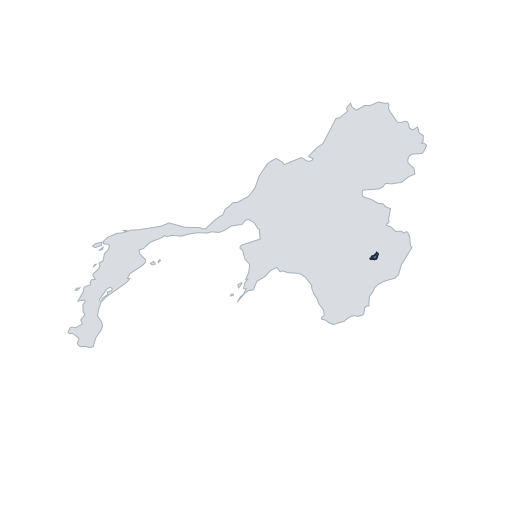 location of Kham Muang, Kalasin, Thailand, rotated 65°
{"feature_id": "78962969B13207688711695", "entity_name": "Kham Muang", "entity_type": "district", "adm_level": 2, "iso_a3": "THA", "parent_name": "Thailand", "parent_adm1": "Kalasin", "projection": "robinson", "projection_center": [103.634, 16.933], "detail": "fine", "context": "in_parent", "style": "filled", "palette": "slate", "viewbox_px": 512, "rotation_deg": 65, "n_neighbors": 0, "source": "geoboundaries", "source_scale": "gbopen_adm2", "svg_char_len": 5547}
<svg xmlns="http://www.w3.org/2000/svg" viewBox="0 0 512 512"><g transform="rotate(65 256 256)"><path d="M223.1,56.4L223.5,58.3L225.4,55.7L227.8,54.5L232.5,60.2L233.1,62.6L229.6,71.7L230.1,74.8L232.3,77.3L235.0,78.7L237.8,78.3L243.1,75.7L248.9,77.4L248.6,83.5L250.7,93.1L247.8,102.9L244.9,107.7L247.1,112.0L247.2,115.9L241.5,131.2L242.6,132.4L246.2,134.1L247.7,133.6L253.6,127.5L260.1,122.9L262.2,118.9L266.3,117.6L270.0,114.1L278.5,120.3L280.8,120.8L281.9,121.8L282.3,124.4L283.3,124.8L286.9,121.3L292.7,119.1L295.0,113.8L297.7,112.2L297.5,109.6L298.3,108.6L303.1,108.4L310.3,111.2L312.9,111.7L314.1,111.1L325.5,128.1L333.0,134.6L334.8,139.0L333.1,150.4L333.3,156.9L334.9,161.9L338.0,165.3L340.4,170.2L349.0,175.0L348.2,176.2L348.8,179.3L354.1,182.9L354.6,184.0L354.0,188.7L351.6,192.2L351.0,195.0L351.0,198.5L352.4,203.9L350.7,214.9L347.5,218.0L343.4,220.2L341.1,223.2L339.4,222.5L338.6,219.4L334.0,217.7L325.2,219.3L320.8,218.6L314.9,219.6L309.2,219.2L305.8,217.9L296.1,220.3L292.1,222.5L289.2,225.7L284.8,233.8L280.4,238.8L280.5,240.8L275.0,242.0L275.3,248.9L278.4,256.4L279.3,265.9L285.5,272.6L284.3,277.2L285.0,281.8L289.7,292.3L286.3,287.3L285.6,283.9L281.6,278.7L280.3,281.2L275.5,277.3L273.5,273.4L272.8,275.2L268.1,269.7L263.4,266.7L260.7,265.3L254.0,267.3L245.5,265.8L242.2,267.2L240.8,266.3L240.0,264.7L242.4,245.0L235.1,242.6L233.8,241.3L232.2,242.7L225.0,243.6L219.8,247.2L219.1,250.2L221.5,255.6L218.4,265.3L219.4,274.5L219.0,279.6L215.3,286.0L214.3,291.1L210.2,299.0L207.4,308.9L206.7,314.7L201.8,323.4L200.7,328.4L198.9,330.3L199.6,334.2L198.8,346.3L201.8,355.1L201.0,359.2L204.4,360.6L212.3,357.8L215.0,358.5L216.7,363.3L218.7,377.7L222.0,382.1L222.9,379.9L224.4,382.2L225.7,386.5L229.8,409.1L232.0,415.0L229.5,413.5L228.1,406.4L225.7,406.1L226.5,401.6L225.1,400.0L222.7,401.3L222.8,404.8L229.1,416.1L233.0,416.4L238.0,421.4L243.4,425.0L250.3,423.7L255.0,424.9L257.8,428.0L262.3,435.6L269.5,442.0L268.4,446.0L265.6,449.2L264.0,453.4L262.0,454.7L259.3,454.7L256.4,451.2L249.1,454.4L247.5,457.7L245.7,458.6L242.5,454.9L242.8,452.9L244.8,449.8L244.2,442.0L239.9,441.9L237.0,436.0L236.1,435.5L234.0,436.4L227.2,433.6L225.1,429.9L223.1,430.2L221.7,436.5L215.7,428.1L211.5,424.6L212.1,418.3L209.3,417.0L208.1,415.2L209.1,411.5L205.2,412.1L203.4,411.0L201.1,404.3L199.2,401.6L196.6,401.6L195.8,400.3L196.0,396.9L189.7,392.2L187.6,386.8L184.7,384.4L182.7,385.1L180.8,389.0L179.4,388.7L178.0,387.6L176.4,382.2L176.6,372.8L178.6,367.3L179.7,358.5L182.7,351.1L188.9,329.4L189.2,320.9L199.6,308.8L206.6,294.9L208.9,292.8L209.9,290.2L206.3,279.0L204.7,271.3L205.0,269.2L200.5,264.0L199.4,257.9L198.3,256.0L197.9,254.0L199.5,250.5L198.7,237.2L193.8,228.1L185.1,219.6L177.4,207.1L176.4,202.7L176.2,196.4L182.5,192.2L185.0,192.0L186.0,173.3L191.4,169.7L192.5,168.1L193.1,165.0L191.8,163.2L188.3,166.3L187.6,165.6L183.4,154.6L182.5,147.9L165.2,125.4L166.0,121.6L163.5,111.9L160.9,111.7L159.2,110.0L157.4,105.6L160.8,106.2L166.3,103.7L165.4,94.3L167.8,88.9L168.2,79.8L172.3,74.5L172.9,71.9L175.2,71.6L178.2,73.5L181.4,73.6L194.4,71.3L196.1,68.8L196.9,63.9L198.2,62.3L201.1,61.9L204.4,62.9L208.0,60.9L207.4,55.1L213.6,56.1L217.6,53.4L223.1,56.4ZM181.2,391.5L180.3,398.5L177.8,400.0L177.0,395.9L178.4,389.3L179.1,390.8L181.2,391.5ZM220.7,350.4L220.3,353.8L218.1,354.9L217.5,351.1L220.7,350.4ZM275.0,280.4L277.6,285.2L274.5,284.8L274.0,280.1L275.0,280.4ZM210.7,434.3L209.3,432.3L210.5,429.1L211.6,433.0L210.7,434.3ZM185.2,392.3L184.6,396.1L183.4,390.9L185.2,392.3ZM220.8,347.3L219.6,346.9L218.6,344.7L220.0,344.7L220.8,347.3ZM195.8,403.8L197.3,408.3L195.7,406.2L195.8,403.8ZM281.9,293.1L281.5,296.0L280.1,294.8L281.0,292.7L281.9,293.1ZM178.3,364.2L176.8,365.3L178.0,362.6L178.3,364.2Z" fill="#d9dde1" stroke="#a8b0b8" stroke-width="1"/><path d="M307.4,146.7L307.2,146.7L306.9,146.6L306.9,146.4L307.0,146.3L307.0,146.2L307.0,145.9L306.9,145.8L306.8,145.7L306.8,145.8L306.7,145.6L306.7,145.4L306.6,145.2L306.4,145.1L306.3,144.9L306.2,144.8L306.3,144.8L306.3,144.7L306.2,144.7L305.9,144.5L305.7,144.6L305.4,144.5L305.3,144.4L305.2,144.4L305.2,144.5L304.9,144.7L304.8,144.8L304.7,144.8L304.5,145.0L304.4,145.0L304.3,145.3L304.2,145.3L304.3,145.4L304.1,145.5L304.3,145.7L304.3,145.9L304.4,146.1L304.5,146.1L304.6,146.3L304.8,146.5L304.9,146.8L305.0,146.9L305.0,147.0L305.3,147.2L305.3,147.3L305.3,147.5L305.2,147.5L304.9,147.6L305.0,147.6L304.9,147.7L305.0,147.9L305.1,148.0L305.4,148.1L305.5,148.2L305.5,148.3L305.6,148.5L305.6,148.8L305.5,149.0L305.5,149.3L305.4,149.5L305.5,149.5L305.5,149.8L305.6,150.0L305.6,150.3L305.5,150.5L305.4,150.7L305.5,150.7L305.4,150.8L305.5,150.9L305.6,151.0L305.6,151.3L305.5,151.5L305.7,151.8L305.8,152.0L306.0,152.1L306.1,151.9L306.4,151.9L306.5,151.9L306.6,152.0L306.5,152.3L306.5,152.5L306.8,152.7L306.8,152.8L306.7,153.1L306.4,153.3L306.4,153.5L306.5,153.5L306.8,153.7L307.0,153.7L307.3,153.6L307.5,153.4L307.5,153.2L307.6,152.9L307.7,152.7L307.6,152.4L307.6,152.2L307.6,152.3L307.6,152.2L307.7,151.9L307.7,151.7L307.8,151.6L307.8,151.4L307.8,151.2L307.9,151.3L307.9,151.2L308.0,151.2L308.2,151.3L308.3,151.3L308.3,151.2L308.5,151.0L308.4,151.0L308.5,150.9L308.4,150.9L308.5,150.8L308.4,150.8L308.5,150.8L308.5,150.7L308.8,150.5L308.8,150.2L308.9,149.9L308.9,149.6L309.0,149.4L309.3,149.4L309.4,149.2L309.4,148.9L309.4,148.7L309.6,148.4L309.6,148.2L309.3,148.0L309.2,148.0L309.1,147.9L309.0,147.7L308.9,147.6L308.7,147.8L308.6,147.7L308.9,147.2L308.8,146.9L308.6,146.8L308.4,146.7L308.2,146.6L308.0,146.3L307.8,146.4L307.7,146.4L307.6,146.6L307.4,146.7Z" fill="#64748b" stroke="#1e293b" stroke-width="1.5"/></g></svg>